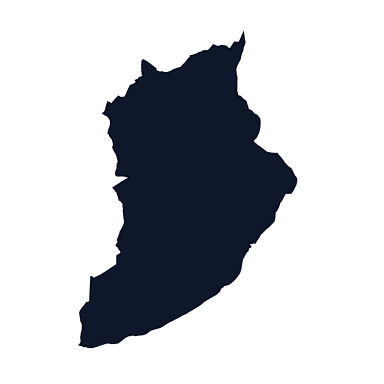 Darjiu, Harghita, Romania (Robinson projection), rotated 274°
{"feature_id": "2599482B71021034513413", "entity_name": "Darjiu", "entity_type": "district", "adm_level": 2, "iso_a3": "ROU", "parent_name": "Romania", "parent_adm1": "Harghita", "projection": "robinson", "projection_center": [25.165, 46.198], "detail": "fine", "context": "isolated", "style": "filled", "palette": "ink", "viewbox_px": 384, "rotation_deg": 274, "n_neighbors": 0, "source": "geoboundaries", "source_scale": "gbopen_adm2", "svg_char_len": 5967}
<svg xmlns="http://www.w3.org/2000/svg" viewBox="0 0 384 384"><g transform="rotate(274 192 192)"><path d="M236.4,274.1L235.9,272.6L236.1,272.1L236.2,271.6L236.0,269.0L236.0,268.5L236.3,267.6L236.4,266.9L236.4,265.5L236.2,264.7L238.9,260.4L241.3,256.8L242.9,254.0L246.4,249.1L248.0,249.7L249.3,250.5L250.4,251.7L251.5,252.4L256.6,254.3L260.5,254.9L261.9,254.9L264.0,255.0L268.0,254.7L269.4,254.4L270.2,253.9L273.2,251.1L273.3,250.8L273.6,249.5L273.8,249.0L274.3,248.4L276.9,245.6L277.3,245.0L277.7,243.3L278.5,242.3L279.1,242.0L281.1,241.4L282.9,240.5L285.4,239.8L285.9,239.5L286.4,239.1L288.1,236.3L289.5,234.9L290.4,233.8L290.7,233.2L291.1,231.4L290.8,230.4L292.1,230.5L292.8,230.4L294.1,230.1L295.5,229.4L302.5,229.0L305.0,228.8L309.5,228.7L310.4,228.3L313.0,227.6L315.9,227.1L316.8,227.1L317.3,226.9L318.2,226.9L322.4,228.1L326.7,230.1L328.0,230.6L330.7,230.9L335.0,231.8L335.5,232.3L338.8,232.8L339.9,232.7L343.0,233.9L345.6,234.2L347.3,233.5L348.7,233.2L350.1,233.0L354.1,232.2L348.2,230.2L344.2,228.4L344.4,224.1L337.4,220.1L337.5,218.7L339.0,216.7L339.8,215.6L339.9,214.6L340.0,211.4L339.7,210.2L339.1,209.0L338.8,207.3L339.4,205.1L340.1,203.0L336.2,200.3L334.3,198.5L333.7,197.4L333.8,196.3L333.6,194.0L333.4,193.5L333.2,193.0L332.5,192.4L332.0,191.3L331.3,189.0L330.3,188.0L328.0,182.5L327.7,180.9L325.0,181.0L325.3,179.8L325.2,179.6L323.5,178.6L322.2,177.6L320.8,176.9L317.7,174.0L316.6,173.2L315.8,172.8L315.5,172.4L312.8,165.6L310.4,161.9L309.3,159.1L309.0,155.9L309.7,153.6L309.2,152.1L309.9,148.7L311.0,147.4L312.5,147.2L318.2,138.6L320.3,134.2L319.7,133.4L318.6,133.2L315.4,133.1L314.1,133.3L312.1,133.4L311.4,133.6L310.8,133.6L310.3,133.8L308.5,133.6L308.3,133.8L308.7,134.1L308.4,134.7L307.7,134.9L307.3,134.6L307.1,134.3L306.5,134.2L306.3,134.2L305.6,134.4L305.4,134.8L305.1,135.0L304.5,135.4L304.0,135.9L303.9,135.8L303.6,135.5L303.6,135.3L303.5,134.0L302.8,132.7L302.1,131.2L301.9,131.0L301.4,130.8L300.7,130.6L300.1,130.0L299.9,129.5L300.0,128.8L299.3,127.9L298.7,128.6L297.9,129.0L297.4,128.9L297.0,128.2L295.9,127.4L295.9,127.1L294.6,125.0L294.1,123.5L292.6,122.6L281.8,118.6L281.0,114.2L281.9,112.8L282.3,111.8L276.0,106.9L274.9,106.6L274.2,105.8L275.9,101.8L272.4,100.9L269.0,100.3L268.7,101.3L268.8,102.0L268.1,100.4L265.2,99.0L264.8,98.4L264.8,98.7L263.9,98.3L263.2,99.7L262.5,101.2L262.2,101.6L262.1,102.5L259.2,104.9L258.0,105.7L256.3,106.0L253.5,106.1L251.3,105.8L248.3,104.8L245.9,104.5L245.3,104.2L244.8,104.4L244.0,105.5L242.4,106.0L240.7,107.6L238.8,109.1L237.4,109.6L234.6,110.5L233.0,110.5L231.0,110.0L230.4,110.2L226.0,112.9L224.8,113.9L220.3,115.6L217.3,116.5L216.2,116.3L215.4,116.1L215.0,115.7L212.8,115.6L211.2,115.8L209.9,115.8L209.1,115.4L205.6,114.5L205.3,115.0L205.2,114.9L204.8,114.9L203.7,114.9L203.1,115.8L202.9,116.8L203.4,120.6L203.3,124.3L202.9,125.9L202.7,127.8L202.4,128.2L201.9,128.5L195.8,119.8L194.8,118.6L190.8,113.1L190.1,113.7L189.2,114.9L188.4,115.3L186.4,117.3L182.2,119.0L181.4,119.4L180.8,119.5L179.1,120.1L178.7,120.8L178.4,121.5L176.2,123.8L175.2,124.3L173.5,124.3L170.9,125.0L168.1,125.0L166.2,125.4L163.0,125.9L159.9,126.5L159.5,126.8L158.4,126.9L155.7,126.9L154.3,126.4L153.6,126.1L149.6,124.5L147.1,123.3L145.7,123.2L144.5,122.7L141.7,122.0L139.3,121.1L138.5,121.2L138.1,121.6L137.9,122.4L133.4,120.2L131.6,122.5L130.9,122.9L130.0,123.3L129.9,123.6L129.0,124.5L125.9,126.0L124.4,123.2L123.1,121.7L115.6,122.1L114.7,122.7L104.0,108.7L102.8,107.1L99.3,100.8L99.0,99.8L98.9,99.1L99.1,98.9L99.2,98.5L99.7,98.4L99.8,98.3L99.9,98.0L100.3,98.0L100.4,97.9L100.4,97.2L84.5,97.5L76.1,97.8L74.9,97.8L75.0,97.0L74.4,95.6L74.3,94.9L73.7,94.2L71.9,93.2L71.1,92.9L69.4,91.3L68.2,90.7L66.8,89.8L65.2,88.9L64.3,88.8L63.5,88.5L63.1,88.7L61.7,89.0L61.4,89.2L59.8,89.4L57.2,90.1L56.3,90.1L55.6,90.3L53.6,91.5L52.4,92.0L48.6,92.3L46.4,92.2L43.1,91.6L41.3,91.6L39.4,91.3L39.2,91.4L35.8,92.0L35.0,92.0L33.3,91.6L32.8,91.3L31.6,90.4L31.3,92.6L30.9,94.3L30.4,94.6L30.5,95.1L30.3,95.4L30.5,95.6L30.7,96.1L30.7,96.5L30.0,99.0L29.9,101.1L30.3,104.3L30.7,105.2L31.1,106.1L31.4,107.2L33.1,111.1L35.0,115.9L35.4,116.8L35.7,118.5L35.7,120.4L35.5,121.4L35.4,122.9L35.8,125.9L36.5,128.8L38.7,131.3L40.7,133.3L42.1,135.1L43.3,136.7L44.0,138.0L44.6,139.4L44.7,140.5L45.0,141.2L45.3,143.0L45.3,143.5L45.0,145.3L45.1,146.0L45.8,149.0L46.1,151.1L46.6,153.3L47.5,155.6L48.5,156.9L49.0,157.4L50.6,159.2L51.7,160.9L52.6,163.3L53.8,166.5L54.1,167.6L54.5,168.7L54.9,169.6L55.4,170.6L56.5,172.1L57.5,173.6L59.1,175.4L60.3,177.4L60.9,178.2L63.6,182.9L65.0,184.9L65.5,186.0L67.3,188.9L68.8,190.9L70.6,194.4L71.4,195.6L72.7,197.1L73.4,198.1L74.7,200.2L76.4,202.7L79.7,207.2L81.7,209.5L83.8,211.4L88.5,218.2L91.6,222.9L92.2,223.7L93.5,224.6L94.2,225.6L95.5,226.5L98.1,227.1L98.6,228.2L99.2,228.8L99.5,229.2L101.0,230.4L101.4,231.2L101.4,231.4L101.7,232.2L102.0,233.6L103.0,235.5L103.4,236.2L104.8,237.5L105.9,238.8L106.9,239.7L109.2,241.5L110.8,242.6L112.6,243.6L113.5,244.3L115.9,245.3L118.7,245.9L122.7,246.2L127.5,246.7L128.9,247.0L129.7,247.4L131.1,248.2L132.2,248.5L134.6,249.7L136.4,250.4L136.8,250.9L136.9,251.5L137.3,251.7L138.0,251.9L139.4,252.0L140.1,252.3L140.7,252.9L140.8,253.5L141.0,253.9L141.5,254.3L141.8,254.4L142.1,254.2L142.2,253.2L142.4,252.9L143.3,252.9L144.0,252.6L144.4,252.7L144.7,253.1L145.0,255.4L145.5,256.5L145.7,257.3L145.7,257.6L145.5,258.1L145.6,258.5L148.7,260.0L151.7,261.8L154.2,262.9L154.8,263.3L156.6,265.0L158.4,266.4L160.4,268.2L161.9,269.9L163.7,271.6L164.5,272.2L167.9,275.2L168.5,275.6L169.3,275.8L171.5,276.2L176.2,276.2L177.8,276.2L178.2,276.3L179.3,277.5L180.4,278.0L183.1,279.1L184.7,279.6L187.0,280.1L187.9,280.4L188.4,281.0L189.3,281.4L190.7,282.3L194.4,283.6L196.9,285.1L197.3,285.5L197.4,285.8L197.9,290.9L201.0,292.6L204.1,294.0L206.4,294.9L208.0,295.2L210.3,295.5L211.9,295.4L213.3,294.9L214.7,293.5L215.6,292.7L220.6,290.0L221.9,289.1L222.8,287.6L224.5,285.2L226.1,283.4L227.6,281.9L229.9,280.2L232.4,277.9L234.9,275.3L236.4,274.1Z" fill="#0f172a" stroke="#020617" stroke-width="1.5"/></g></svg>